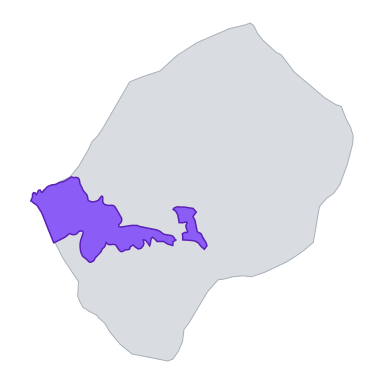 Mafeteng highlighted on a map of Lesotho
{"feature_id": "LSO-3453", "entity_name": "Mafeteng", "entity_type": "District", "adm_level": 1, "iso_a3": "LSO", "parent_name": "Lesotho", "parent_adm1": "", "projection": "natural_earth1", "projection_center": [27.626, -29.78], "detail": "fine", "context": "in_parent", "style": "filled", "palette": "violet", "viewbox_px": 384, "rotation_deg": 0, "n_neighbors": 0, "source": "natural_earth", "source_scale": "10m", "svg_char_len": 3590}
<svg xmlns="http://www.w3.org/2000/svg" viewBox="0 0 384 384"><path d="M264.5,272.4L252.4,276.4L250.7,276.7L243.0,275.8L232.6,276.8L224.4,279.0L218.1,279.8L207.7,291.5L189.0,322.8L184.0,329.4L182.5,341.7L178.2,351.5L172.9,359.1L167.7,361.0L152.0,357.9L132.0,354.0L120.4,344.6L110.0,332.1L104.6,323.1L98.9,318.1L96.9,315.3L88.7,311.1L85.7,309.0L83.0,307.4L79.7,301.4L77.7,296.2L78.5,281.6L72.7,273.0L62.9,258.1L56.7,246.0L48.1,229.4L42.9,215.2L37.5,200.5L38.2,194.2L43.3,189.9L58.5,182.5L70.2,176.8L78.6,166.3L87.8,150.7L92.3,141.3L96.7,137.0L101.6,130.4L110.1,115.7L119.6,99.3L129.7,81.8L142.6,76.7L160.1,70.9L176.9,55.6L197.0,42.6L229.4,28.6L244.5,25.1L250.2,23.0L253.8,25.7L257.7,33.7L263.1,40.4L275.9,52.1L281.3,54.9L294.4,72.2L308.5,84.0L324.6,97.7L335.6,104.5L341.3,106.4L345.9,118.5L350.6,127.5L353.2,135.9L352.6,144.1L347.4,164.1L339.9,184.6L333.9,193.1L326.5,198.5L319.4,206.6L316.6,223.0L313.3,242.4L304.0,250.3L296.7,255.5L286.7,261.9L264.5,272.4Z" fill="#d9dde1" stroke="#a8b0b8" stroke-width="1"/><path d="M42.1,192.4L42.7,191.9L47.0,187.0L47.8,186.5L51.6,184.9L55.5,184.5L56.9,183.9L59.3,182.5L63.1,181.7L66.0,180.4L70.4,177.6L71.0,176.9L71.3,177.0L74.2,177.7L75.7,177.4L76.4,177.4L77.3,177.6L78.1,178.0L78.8,178.7L79.4,180.0L79.8,182.9L80.2,184.2L81.9,187.4L82.4,189.0L83.4,190.7L86.8,194.8L87.5,196.7L87.8,198.2L87.8,199.3L88.4,200.4L89.4,201.1L91.4,201.7L92.4,201.9L93.7,201.9L97.3,200.8L98.1,200.3L98.7,199.8L101.0,196.7L101.8,196.1L102.4,196.3L102.8,197.6L102.7,201.4L103.3,203.1L104.8,204.6L108.0,205.4L112.2,205.3L113.6,205.6L115.0,206.8L121.6,218.1L121.7,220.5L121.0,222.4L119.7,223.8L118.6,225.1L118.9,226.3L120.4,227.1L131.7,225.4L136.9,225.4L139.8,226.5L157.2,230.0L160.2,231.5L163.2,233.9L165.3,234.6L171.4,235.5L173.1,236.4L174.1,237.7L174.5,238.8L175.9,240.0L173.0,241.8L172.8,245.5L170.8,245.0L167.3,243.9L163.8,241.5L160.5,241.5L157.0,241.5L154.8,238.9L152.4,237.2L150.9,239.4L150.4,243.4L149.6,245.8L148.0,243.4L145.6,240.2L143.2,239.9L143.9,243.4L143.4,245.5L141.2,248.2L138.4,249.0L135.3,247.1L133.1,245.0L130.5,246.6L129.4,249.3L127.4,249.8L125.1,249.9L123.8,250.9L122.3,251.6L121.0,251.6L119.7,250.7L118.8,249.7L118.0,248.5L116.0,245.3L114.8,244.6L113.1,244.3L110.3,244.7L108.5,244.5L107.2,243.7L106.6,242.9L106.2,242.5L105.3,245.2L105.0,245.9L104.7,246.6L104.1,247.3L103.4,248.0L102.7,248.5L102.1,249.0L101.9,249.5L101.7,250.3L101.3,251.2L101.0,251.8L95.3,257.8L95.0,258.2L94.7,258.8L94.2,260.1L93.8,260.6L93.1,261.2L92.2,261.5L91.0,262.2L90.2,262.3L89.3,262.1L86.4,259.2L82.9,256.5L82.5,256.0L82.3,255.6L81.2,253.1L80.7,251.5L80.4,249.6L80.1,247.3L80.1,244.5L80.4,241.5L80.8,240.0L83.1,233.2L83.2,232.2L82.5,231.3L81.3,230.9L79.3,231.3L78.0,232.4L77.3,233.2L76.4,234.0L75.2,234.5L72.5,234.7L71.4,234.3L70.6,233.8L69.9,233.6L69.0,234.0L65.2,237.1L55.9,241.9L53.7,242.8L42.5,214.7L41.3,212.2L37.4,205.9L35.6,204.2L33.8,203.2L31.9,201.5L30.8,200.9L32.5,196.9L32.5,194.2L33.5,192.7L34.9,192.7L36.2,194.6L37.1,193.4L38.2,190.8L38.9,190.1L40.2,190.0L40.6,190.9L41.0,191.9L42.1,192.4ZM177.5,206.8L181.6,207.1L184.7,207.1L190.2,208.0L193.1,208.4L196.3,212.1L192.9,216.5L195.0,220.4L197.0,230.5L197.2,231.6L198.9,232.7L200.9,233.5L202.0,235.6L203.3,238.3L206.0,242.6L207.0,245.8L205.7,247.4L204.4,249.3L202.4,247.7L200.5,245.8L198.5,243.1L195.0,241.0L191.3,240.5L188.2,240.2L182.7,239.9L182.7,236.2L182.3,233.8L184.7,232.4L187.5,232.4L187.5,231.4L186.4,228.4L185.8,225.8L187.1,222.6L185.6,222.0L182.7,222.8L179.0,222.6L179.0,221.0L178.3,218.0L177.7,214.8L175.7,211.1L173.1,209.5L174.2,207.9L177.5,206.8Z" fill="#8b5cf6" stroke="#5b21b6" stroke-width="1.5"/></svg>